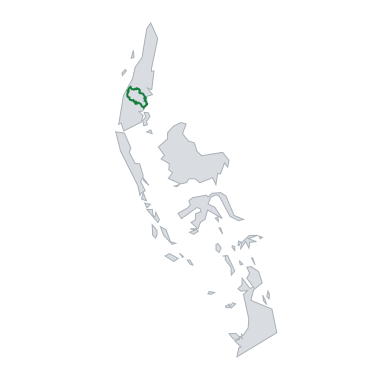 location of Jambi within Indonesia, rotated 57°
{"feature_id": "IDN-1930", "entity_name": "Jambi", "entity_type": "Province", "adm_level": 1, "iso_a3": "IDN", "parent_name": "Indonesia", "parent_adm1": "", "projection": "albers", "projection_center": [102.763, -1.764], "detail": "fine", "context": "in_parent", "style": "outline", "palette": "green", "viewbox_px": 384, "rotation_deg": 57, "n_neighbors": 0, "source": "natural_earth", "source_scale": "10m", "svg_char_len": 6385}
<svg xmlns="http://www.w3.org/2000/svg" viewBox="0 0 384 384"><g transform="rotate(57 192 192)"><path d="M131.7,159.8L137.9,168.2L147.3,167.2L152.1,163.3L160.4,165.7L166.8,164.2L175.4,144.7L185.7,143.8L190.5,148.5L185.3,148.9L192.4,158.3L190.4,160.4L198.9,168.0L191.2,167.0L188.5,180.4L182.6,182.3L179.2,187.5L181.2,191.3L179.0,197.2L167.7,204.5L165.2,197.8L160.6,199.3L155.9,195.6L147.4,199.9L146.3,195.2L135.9,195.6L134.1,183.5L128.9,180.1L126.7,171.7L127.7,163.6L131.7,159.8ZM27.8,134.6L44.6,137.1L66.1,158.5L68.7,160.2L69.9,158.0L84.2,170.0L80.7,172.6L88.8,172.1L87.1,178.3L93.7,181.6L97.2,189.2L95.8,192.8L101.1,191.3L105.7,196.5L103.6,216.0L95.7,213.8L95.4,216.6L73.7,196.9L64.6,180.1L56.3,171.7L52.2,160.9L30.4,141.0L27.8,134.6ZM356.2,197.5L354.7,244.1L347.9,237.3L348.8,235.3L340.0,237.3L341.5,232.7L339.2,230.2L340.0,229.9L341.4,230.1L342.3,229.9L338.2,227.9L340.1,227.4L336.6,218.9L329.2,213.4L305.8,204.6L305.0,199.1L301.7,205.1L298.2,206.1L297.1,200.6L291.6,196.9L304.1,196.0L305.7,192.3L294.1,193.0L291.6,188.0L284.9,186.9L286.9,182.9L295.1,179.5L306.4,182.6L307.7,193.8L315.0,201.6L333.7,188.7L356.2,197.5ZM241.4,168.6L233.1,173.4L210.3,171.4L207.5,173.2L206.5,179.1L210.8,185.0L217.3,181.2L230.7,181.1L215.6,188.7L222.2,196.2L221.9,201.3L226.2,207.0L217.0,209.4L217.3,204.7L212.1,200.5L213.4,195.0L210.5,194.3L207.7,196.3L208.6,215.3L202.3,215.3L203.0,204.0L201.9,200.3L197.6,199.4L197.1,194.5L202.5,181.6L204.9,181.3L204.1,175.7L208.2,168.2L214.0,165.7L234.5,169.5L243.1,163.7L241.4,168.6ZM105.9,216.6L122.0,219.4L124.5,223.0L137.0,224.2L139.9,220.5L152.1,224.2L155.4,229.4L165.4,230.5L165.2,234.9L166.5,237.5L157.1,233.9L119.0,229.7L100.0,223.2L105.9,216.6ZM261.8,170.1L268.8,165.0L265.6,171.0L270.1,174.8L262.8,174.0L266.5,182.6L261.4,177.9L259.7,167.9L264.2,160.4L261.8,170.1ZM264.6,196.8L281.5,199.1L283.1,204.3L276.3,200.3L266.8,201.0L264.1,198.8L262.4,201.2L264.6,196.8ZM225.0,237.2L212.5,239.3L203.8,237.4L209.6,234.3L221.8,237.2L226.1,233.6L225.0,237.2ZM189.2,233.3L197.6,234.5L199.0,237.2L182.2,239.3L185.0,234.8L190.7,237.5L192.6,236.5L189.2,233.3ZM240.2,239.8L240.4,245.0L231.0,249.4L231.5,244.4L240.2,239.8ZM105.8,186.2L108.1,191.9L111.3,192.7L110.2,196.3L105.4,194.5L103.9,189.9L99.2,188.8L101.6,185.5L105.8,186.2ZM337.5,237.5L331.1,238.1L334.4,232.3L339.3,231.2L340.8,233.5L337.5,237.5ZM205.2,242.3L209.0,244.8L210.8,247.6L206.8,248.5L197.7,243.2L205.2,242.3ZM255.0,198.1L257.5,202.1L253.6,203.4L249.1,200.4L249.4,198.2L255.0,198.1ZM165.8,233.2L174.6,235.0L170.5,238.1L165.8,233.2ZM179.6,233.6L180.8,238.5L175.6,237.7L179.6,233.6ZM121.3,193.6L117.0,197.3L117.4,192.7L121.3,193.6ZM309.7,216.3L310.6,222.5L308.6,222.8L307.1,218.2L309.7,216.3ZM163.0,224.5L156.2,226.3L153.4,225.2L163.0,224.5ZM228.4,208.1L228.3,213.7L224.4,216.0L226.0,208.6L228.4,208.1ZM41.3,164.1L47.5,167.3L46.7,170.2L41.3,164.1ZM56.4,187.0L54.0,185.8L52.9,181.2L54.7,181.1L56.4,187.0ZM286.1,234.1L284.8,231.8L288.5,227.8L288.3,231.5L286.1,234.1ZM280.6,177.1L287.6,178.8L279.6,178.0L280.6,177.1ZM237.6,187.5L244.0,189.2L237.0,189.0L237.6,187.5ZM225.3,210.8L221.9,213.5L225.0,208.6L225.3,210.8ZM316.5,182.2L320.2,182.8L323.6,185.6L320.2,186.1L316.5,182.2ZM253.8,231.0L251.4,232.9L246.6,233.1L247.9,230.8L253.8,231.0ZM309.3,223.5L307.7,226.4L306.0,226.3L306.3,221.7L309.3,223.5ZM264.4,188.1L260.2,188.5L259.0,187.5L260.9,185.7L264.4,188.1ZM317.0,188.9L322.2,189.5L327.1,190.7L322.3,191.3L317.0,188.9ZM226.9,183.9L231.2,185.9L226.7,186.8L226.9,183.9ZM268.4,160.3L265.5,159.8L268.4,157.7L268.4,160.3ZM236.5,236.0L241.3,234.4L241.8,235.4L236.5,236.0ZM280.2,188.7L279.4,191.2L275.8,189.8L277.6,189.1L280.2,188.7ZM179.3,201.8L177.5,203.5L179.0,198.1L179.3,201.8ZM260.4,178.4L262.6,181.9L261.8,182.5L258.5,179.6L260.4,178.4Z" fill="#d9dde1" stroke="#a8b0b8" stroke-width="1"/><path d="M87.1,179.5L87.3,179.6L87.3,179.8L87.1,179.9L87.1,180.0L87.4,179.9L87.6,179.9L87.7,180.0L87.8,180.1L87.9,180.4L88.0,180.4L88.0,180.5L88.1,180.4L88.1,180.5L88.3,180.7L88.5,180.8L88.9,181.0L89.0,181.1L89.2,181.3L89.4,181.3L89.5,181.3L89.7,181.5L89.8,181.8L90.0,181.6L90.1,181.4L90.4,181.3L90.7,181.2L90.8,181.2L91.3,181.4L91.4,181.5L91.5,181.5L91.9,181.6L92.0,181.6L92.5,181.8L92.9,181.8L93.0,181.7L93.4,181.6L93.8,181.6L94.1,182.3L94.0,182.7L94.0,183.0L94.1,183.3L94.3,183.5L94.4,184.1L94.4,185.2L94.4,185.5L94.5,185.8L94.8,186.3L94.9,186.6L94.7,186.6L94.4,186.5L94.2,186.3L93.9,186.4L93.8,186.5L93.6,187.0L93.4,187.1L92.8,187.3L92.4,187.4L92.0,187.3L90.8,187.0L90.5,187.0L90.3,187.1L87.8,188.3L87.7,188.4L87.7,188.5L87.6,189.4L87.7,189.6L87.7,189.8L87.8,189.8L87.9,190.0L87.7,190.1L87.3,190.2L87.2,190.2L87.2,190.3L87.2,190.5L87.2,190.8L87.3,191.0L87.2,191.1L87.2,191.3L86.9,191.4L86.1,190.6L86.0,190.3L85.9,190.0L85.8,189.9L85.7,189.8L85.3,190.1L85.2,190.3L85.1,190.5L85.3,190.7L85.3,190.8L85.4,191.0L85.0,191.4L84.8,191.4L84.6,191.3L84.2,191.2L84.0,191.3L83.8,191.2L83.6,191.2L83.4,191.1L83.2,191.1L82.9,191.1L82.8,191.3L82.8,191.5L83.0,191.7L82.9,191.8L82.4,192.6L82.2,192.8L81.9,192.8L81.8,193.0L81.6,193.1L81.3,193.2L81.2,193.3L81.1,193.5L80.9,193.7L80.5,193.7L80.4,193.7L80.2,193.8L79.8,193.7L79.6,193.6L79.3,193.4L78.9,193.3L78.6,193.1L78.4,193.4L78.0,193.7L77.9,193.7L77.6,193.8L77.2,194.1L76.9,194.0L76.7,193.9L76.4,193.8L76.2,193.9L75.9,193.7L75.6,193.5L75.1,193.3L74.9,193.1L74.6,192.8L74.5,192.6L74.2,192.4L74.2,192.2L73.8,191.9L73.7,191.9L73.4,191.0L73.3,190.8L73.3,190.7L73.2,190.7L72.9,190.4L72.7,190.2L72.0,190.7L71.7,189.8L71.4,189.1L71.3,188.9L71.0,188.7L70.9,188.5L70.8,188.4L70.6,188.0L70.5,187.6L70.4,187.1L70.4,186.4L70.7,186.5L70.8,186.4L70.9,186.5L71.0,186.6L72.5,186.4L72.6,186.5L72.8,186.5L73.0,186.4L73.2,186.1L73.3,185.9L73.6,185.7L74.2,185.2L74.3,185.1L74.4,184.9L74.5,184.7L74.4,184.6L74.5,184.3L74.5,184.2L74.4,183.8L74.4,183.6L74.4,183.4L74.5,183.3L74.9,183.3L75.1,183.2L75.3,183.1L75.4,182.9L75.5,182.7L75.6,182.4L75.4,182.4L75.2,182.3L75.2,182.1L75.2,181.8L75.1,181.6L75.9,181.3L76.0,181.3L76.1,181.2L76.2,180.9L76.3,180.8L76.4,180.7L76.6,180.6L76.8,180.5L77.3,180.5L77.6,180.5L77.7,180.4L77.9,180.3L78.0,180.3L78.5,180.4L78.6,180.5L78.7,180.8L78.8,180.8L79.1,181.1L79.2,181.3L79.3,181.4L79.5,181.5L79.8,181.7L79.8,181.8L80.0,181.8L80.6,182.0L80.8,181.9L81.0,181.4L81.3,181.2L81.5,181.0L81.5,180.8L81.6,180.7L81.9,180.5L82.0,180.4L82.3,180.1L82.4,179.9L82.5,179.9L83.3,179.6L83.6,179.6L84.6,179.7L87.0,179.5L87.1,179.5Z" fill="none" stroke="#15803d" stroke-width="2"/></g></svg>